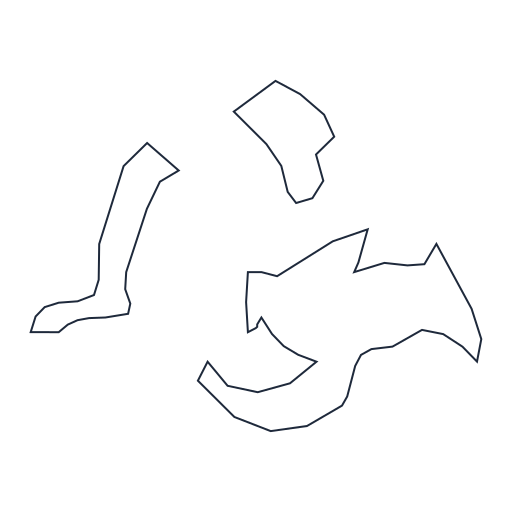 Penghu, orthographic projection
{"feature_id": "TWN-3414", "entity_name": "Penghu", "entity_type": "County", "adm_level": 1, "iso_a3": "TWN", "parent_name": "Taiwan", "parent_adm1": "", "projection": "orthographic", "projection_center": [119.557, 23.598], "detail": "fine", "context": "isolated", "style": "outline", "palette": "slate", "viewbox_px": 512, "rotation_deg": 0, "n_neighbors": 0, "source": "natural_earth", "source_scale": "10m", "svg_char_len": 1050}
<svg xmlns="http://www.w3.org/2000/svg" viewBox="0 0 512 512"><path d="M436.4,243.9L471.6,308.8L481.3,339.1L477.0,361.6L462.5,346.7L443.2,334.1L422.0,329.9L392.5,346.6L371.4,349.1L361.0,354.9L355.2,365.9L347.2,396.5L342.0,405.6L307.0,426.0L270.7,431.1L234.4,417.0L197.9,380.7L207.6,361.7L227.6,385.8L257.7,392.2L290.0,383.3L316.5,361.7L298.2,354.8L283.7,346.1L272.0,334.0L261.4,317.5L257.2,324.4L257.2,326.8L255.8,328.1L247.9,332.2L246.1,302.1L247.9,272.1L261.4,272.1L277.1,276.2L332.8,241.3L367.7,229.3L358.4,262.5L354.2,272.1L384.4,262.9L407.5,265.4L424.4,264.2L436.4,243.9ZM99.2,244.0L123.6,166.1L147.1,143.0L178.7,170.5L159.9,181.7L146.9,208.8L126.2,272.1L125.2,289.2L130.3,303.6L128.1,313.8L105.4,317.5L89.0,318.1L77.5,320.2L67.8,324.6L58.7,332.2L30.7,332.1L35.6,316.5L44.7,307.1L58.7,302.7L77.6,301.3L94.0,295.0L98.7,279.8L99.2,244.0ZM287.7,191.9L281.3,165.9L266.4,144.1L233.8,111.6L275.5,80.9L300.1,94.1L324.1,114.7L334.2,136.7L316.0,154.5L323.3,180.8L312.4,198.2L296.1,203.0L287.7,191.9Z" fill="none" stroke="#1e293b" stroke-width="2"/></svg>